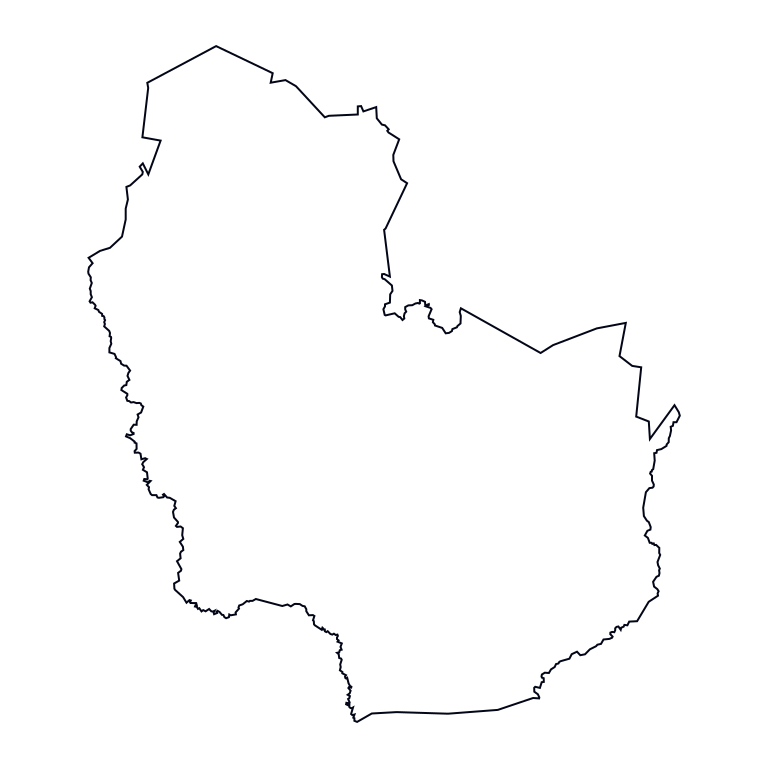 the district of Pueblo Nuevo, Durango, Mexico
{"feature_id": "50627088B37596930660354", "entity_name": "Pueblo Nuevo", "entity_type": "district", "adm_level": 2, "iso_a3": "MEX", "parent_name": "Mexico", "parent_adm1": "Durango", "projection": "robinson", "projection_center": [-105.379, 23.455], "detail": "fine", "context": "isolated", "style": "outline", "palette": "ink", "viewbox_px": 768, "rotation_deg": 0, "n_neighbors": 0, "source": "geoboundaries", "source_scale": "gbopen_adm2", "svg_char_len": 6099}
<svg xmlns="http://www.w3.org/2000/svg" viewBox="0 0 768 768"><path d="M216.1,46.1L147.3,82.8L148.2,87.9L142.4,137.3L160.6,140.6L148.3,174.4L142.8,163.4L139.7,166.7L142.8,171.9L142.3,174.4L130.2,185.4L126.4,186.9L127.9,199.5L125.7,208.6L125.7,219.5L122.0,236.6L110.0,247.8L100.0,250.9L88.6,257.8L92.6,263.2L89.0,267.3L88.2,271.7L88.5,273.7L90.8,277.3L90.6,280.2L91.8,283.0L89.8,288.7L90.7,291.0L90.7,294.2L91.9,297.2L89.6,301.3L90.5,302.7L92.5,302.3L95.0,304.7L95.6,305.8L94.7,308.3L98.3,310.0L99.0,311.8L102.1,313.9L102.2,315.9L103.6,316.1L104.4,317.4L104.4,319.1L105.1,320.1L104.2,322.1L104.9,324.0L104.2,326.4L109.2,330.9L110.0,333.0L109.6,336.3L110.9,336.8L111.2,337.9L110.7,341.2L111.3,343.8L109.4,348.0L109.4,352.4L114.5,353.9L116.1,357.3L115.8,358.2L120.5,361.1L121.1,363.7L124.1,365.6L126.5,365.7L130.1,370.6L128.4,372.9L127.5,375.9L129.4,379.9L126.8,381.8L126.3,385.1L124.2,385.5L121.7,388.0L121.4,390.1L127.3,393.8L127.4,395.1L126.1,397.5L127.3,400.8L129.2,401.1L131.0,402.5L133.6,402.1L136.5,403.1L139.4,402.9L140.8,403.5L141.4,405.2L143.3,406.6L141.1,412.5L137.6,414.5L138.5,417.3L136.7,421.4L136.6,424.8L133.7,424.7L130.7,429.1L130.7,430.6L131.9,432.3L133.6,433.0L133.6,434.0L130.2,435.3L126.8,434.3L126.0,436.4L130.2,438.2L134.7,441.7L134.6,442.6L136.5,443.4L136.6,448.9L134.6,451.1L134.8,452.7L138.6,452.6L140.5,453.7L141.4,459.3L145.1,458.2L146.8,459.0L143.3,462.1L142.2,464.2L144.0,467.2L142.9,469.8L147.0,472.3L147.7,478.5L147.4,479.3L144.3,479.0L143.7,480.7L148.1,482.4L149.7,480.8L150.6,481.0L146.8,484.9L149.0,487.2L148.6,489.3L150.7,494.0L152.0,495.1L156.4,495.1L157.5,497.5L158.9,497.8L163.3,497.2L164.1,496.3L163.0,494.7L164.0,494.0L167.1,497.5L169.7,497.8L175.6,501.2L174.3,505.9L175.9,508.2L173.9,509.7L173.0,511.9L174.0,517.5L177.9,521.9L178.0,522.9L175.9,525.9L177.0,526.9L180.6,526.5L182.9,528.2L182.2,535.2L183.3,538.9L179.8,541.9L182.9,546.7L183.3,550.1L181.0,551.7L180.1,553.6L180.6,558.3L177.0,561.2L181.4,569.1L181.0,570.7L178.1,572.9L179.2,580.6L174.1,583.5L174.4,588.7L175.1,589.9L183.1,597.1L186.5,602.7L189.5,600.1L190.8,600.5L190.0,602.2L190.5,603.0L196.2,603.1L196.8,605.4L195.5,605.3L195.0,606.5L196.8,606.9L198.0,608.9L199.3,608.2L201.5,611.4L203.2,610.1L205.6,611.3L209.1,609.0L211.3,611.3L212.8,611.6L214.5,610.8L213.6,612.4L214.1,614.2L217.1,613.0L216.6,611.7L217.5,610.8L219.6,612.0L221.9,614.8L223.4,615.0L224.4,617.1L226.1,618.2L228.9,617.2L229.3,614.5L230.7,615.3L235.9,614.4L235.6,612.4L239.0,608.6L238.5,607.5L239.2,605.5L242.7,604.3L246.8,601.0L249.0,601.6L249.9,600.9L252.5,600.9L255.8,599.0L282.3,606.0L287.5,604.5L290.8,606.4L294.4,604.0L295.8,603.9L299.8,604.1L302.5,605.9L304.7,606.3L306.3,609.2L306.3,611.2L308.9,615.3L312.9,615.1L314.4,616.0L313.0,620.3L313.8,621.1L314.0,624.2L314.7,625.2L321.6,629.7L322.4,627.7L323.3,628.6L323.0,629.5L324.8,629.5L324.9,631.3L326.3,632.1L327.7,631.2L330.4,634.0L332.3,634.6L333.9,633.7L335.7,635.0L337.4,634.6L337.9,635.9L337.0,637.5L337.0,639.1L338.6,640.4L337.6,641.7L341.8,643.4L340.5,646.9L341.6,649.7L339.8,650.2L339.2,652.3L337.1,652.8L338.7,654.2L339.2,658.0L341.1,658.6L341.7,659.8L340.2,664.5L340.7,667.0L339.9,670.3L342.4,672.0L342.3,673.3L346.0,675.2L345.0,676.7L345.5,678.2L346.2,678.5L347.2,677.8L348.6,683.5L350.0,685.9L351.4,686.8L351.2,687.6L349.0,687.1L348.4,688.0L350.6,690.7L349.7,693.3L347.7,694.8L349.9,696.1L349.3,698.2L348.1,699.0L349.6,702.3L348.7,703.2L346.4,702.8L346.1,704.3L348.4,705.4L349.4,704.6L349.3,706.9L350.3,707.9L351.6,708.3L353.0,707.5L351.1,714.0L352.3,715.1L354.5,714.5L353.3,717.7L354.4,718.2L354.4,720.8L357.1,721.9L371.8,713.5L396.6,712.1L448.0,713.7L497.8,709.9L533.1,698.0L539.1,698.4L539.3,697.4L537.9,694.3L534.3,691.7L534.2,687.8L535.2,686.8L539.9,687.9L541.7,682.2L543.8,681.9L543.7,678.2L541.9,677.6L541.5,676.4L541.9,674.5L544.8,672.7L548.9,673.0L551.0,669.4L554.7,667.0L556.0,664.1L558.4,663.5L559.4,661.8L560.9,661.1L569.4,658.7L571.7,654.2L577.0,651.7L580.3,655.2L585.0,654.3L589.9,649.3L596.1,646.2L597.4,644.7L601.0,643.9L603.5,639.5L609.4,638.9L612.1,637.7L612.6,636.6L610.3,634.2L610.4,632.6L612.1,631.9L614.3,632.2L615.2,630.3L615.2,628.3L616.5,626.9L618.4,626.5L620.7,629.8L621.2,627.7L623.6,626.7L624.4,624.9L627.4,625.3L629.2,621.6L637.1,621.2L648.7,601.8L658.0,595.7L657.6,593.4L658.6,591.2L657.3,589.1L654.1,586.6L653.1,581.8L656.5,576.8L658.9,575.7L659.5,573.1L659.1,570.3L659.8,568.6L658.1,565.2L657.5,562.0L660.2,554.9L659.2,553.0L659.3,547.9L656.1,544.9L654.4,545.1L653.7,543.4L652.3,543.9L651.6,542.8L649.7,542.8L647.9,537.9L644.8,535.5L647.4,530.8L650.4,529.6L650.7,527.1L648.8,522.1L646.9,520.7L643.9,516.1L643.2,507.7L645.9,492.2L649.4,488.1L652.5,487.7L653.6,486.5L653.8,484.5L652.0,480.6L652.0,475.8L650.1,473.6L650.7,471.8L651.7,471.6L652.1,469.9L653.2,469.2L654.7,460.6L654.2,453.2L656.5,452.8L657.0,450.1L661.3,449.1L666.5,445.9L666.7,444.4L668.7,442.2L668.8,438.2L669.9,436.0L671.1,430.3L670.7,426.8L672.9,425.8L673.5,422.2L676.5,422.2L679.8,415.7L678.8,412.2L674.5,405.2L649.9,439.0L648.8,421.5L636.2,416.6L641.2,367.3L632.2,365.9L619.5,356.1L625.8,322.9L596.8,328.4L553.1,345.1L540.6,353.0L460.9,308.3L459.7,312.1L460.8,315.9L460.5,323.5L457.5,326.0L456.9,327.3L452.4,329.1L451.9,331.1L449.0,332.9L445.7,333.3L442.2,327.9L435.0,325.5L434.8,324.3L432.9,322.2L433.3,319.8L428.9,318.4L428.6,316.3L431.6,309.2L430.5,307.9L426.0,306.4L428.9,304.9L428.8,304.1L425.3,305.6L425.0,301.8L421.9,300.4L419.9,300.1L419.9,303.3L419.3,303.6L417.9,303.0L415.4,303.5L412.3,305.2L408.3,305.4L405.2,307.1L405.2,309.4L406.2,311.7L404.6,313.3L403.9,316.1L404.3,318.5L402.5,320.0L400.2,317.1L398.6,316.8L394.7,313.3L385.6,315.4L384.7,314.9L383.4,309.2L385.0,306.4L385.0,304.3L389.9,302.6L390.2,294.3L392.5,290.9L391.9,285.5L384.7,279.2L382.7,278.6L381.9,277.1L382.1,274.2L384.1,274.0L389.9,276.6L384.1,229.8L385.6,228.5L407.1,183.2L401.1,179.3L393.5,161.3L393.3,154.9L399.2,139.3L388.5,132.5L387.3,130.8L388.7,129.3L385.0,125.3L381.9,124.6L376.8,118.3L376.2,107.1L363.4,111.4L361.1,106.1L357.8,106.4L357.8,114.5L328.9,115.8L324.8,117.3L296.0,86.2L285.5,80.1L270.7,82.7L272.7,73.2L216.1,46.1Z" fill="none" stroke="#020617" stroke-width="2"/></svg>